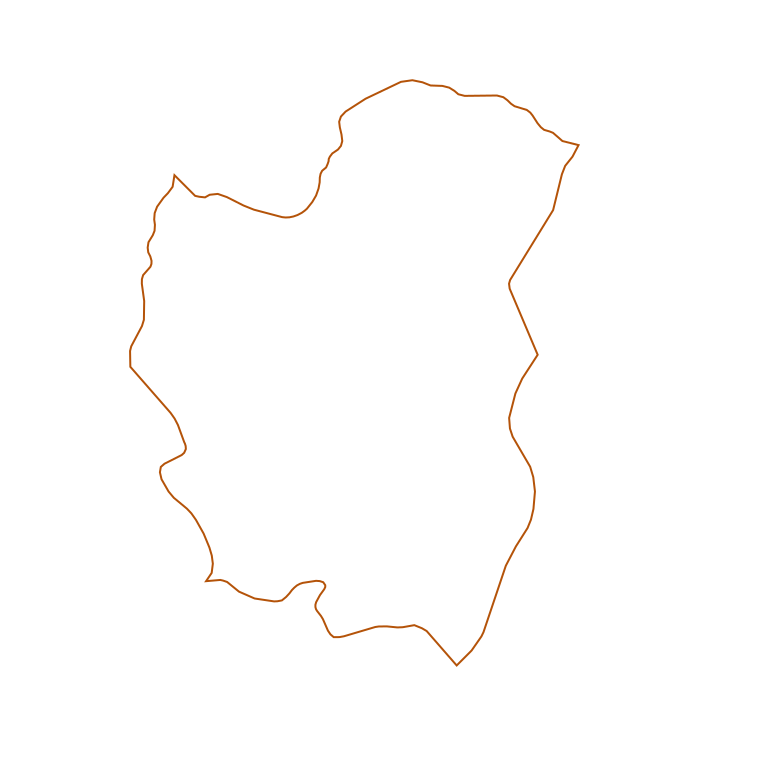 an SVG outline of Paraguarí, rotated 167°
{"feature_id": "PRY-611", "entity_name": "Paraguarí", "entity_type": "Department", "adm_level": 1, "iso_a3": "PRY", "parent_name": "Paraguay", "parent_adm1": "", "projection": "orthographic", "projection_center": [-57.025, -26.024], "detail": "fine", "context": "isolated", "style": "outline", "palette": "amber", "viewbox_px": 768, "rotation_deg": 167, "n_neighbors": 0, "source": "natural_earth", "source_scale": "10m", "svg_char_len": 2325}
<svg xmlns="http://www.w3.org/2000/svg" viewBox="0 0 768 768"><g transform="rotate(167 384 384)"><path d="M558.3,204.1L572.0,214.3L581.4,226.4L585.1,228.7L587.6,229.9L601.7,231.9L594.4,238.7L591.2,247.4L590.4,255.5L590.9,263.9L593.4,278.8L597.8,293.9L600.8,301.3L604.1,306.9L614.4,320.4L618.1,327.7L622.2,341.2L622.2,348.4L620.1,353.4L615.8,355.7L597.1,360.3L594.2,361.9L591.7,365.2L591.2,368.2L591.4,370.9L591.7,371.9L594.0,390.4L595.8,397.4L598.4,403.8L627.3,457.8L624.0,473.3L621.8,477.6L606.8,494.9L603.5,500.6L599.0,518.8L597.4,536.2L596.3,540.6L594.2,544.3L585.2,550.8L583.6,553.3L582.8,556.3L583.0,560.9L584.1,565.3L583.6,570.0L581.6,575.1L575.8,581.0L573.1,584.9L571.4,590.6L570.9,596.0L569.0,602.1L565.2,607.8L556.9,615.1L551.7,618.5L545.6,623.7L541.2,634.6L525.7,609.8L521.9,608.0L516.4,606.1L511.3,607.6L503.2,606.6L495.1,601.5L480.7,589.5L471.5,583.1L445.7,569.5L442.5,568.4L438.7,567.7L434.6,567.6L430.2,568.1L425.6,569.3L422.3,570.7L419.7,572.1L412.9,577.5L407.8,582.9L403.8,589.2L401.3,595.0L400.1,599.6L398.5,603.1L396.3,605.7L391.7,608.0L389.4,611.1L387.9,613.5L387.2,615.7L385.6,617.7L382.5,620.3L376.1,622.8L372.4,625.7L370.0,630.1L369.3,636.6L369.3,644.0L368.7,649.6L365.8,654.3L360.1,658.1L337.8,666.1L299.5,674.6L288.0,673.6L278.6,669.3L271.5,664.4L260.0,661.3L253.8,658.1L249.4,653.7L246.4,649.6L240.6,646.6L209.1,639.7L203.2,636.6L199.9,632.7L197.2,628.5L194.3,625.3L183.2,618.9L180.4,615.5L178.8,612.1L175.7,603.5L173.4,598.9L170.8,595.6L165.8,592.8L162.8,590.7L155.5,580.6L140.7,573.0L149.2,563.1L158.4,555.8L163.5,548.3L180.1,515.4L237.7,457.0L239.6,453.6L240.1,448.6L227.7,377.9L248.1,358.2L258.1,345.2L269.7,322.8L271.3,312.3L270.5,303.7L260.2,270.5L259.5,259.7L261.1,245.3L266.5,228.6L271.3,218.8L276.5,211.4L292.0,196.1L306.2,179.5L342.9,119.8L345.9,116.1L358.6,104.6L376.5,93.4L398.0,133.7L402.0,137.5L408.7,142.2L420.4,142.8L425.7,143.8L435.8,147.2L443.6,148.9L447.2,149.2L479.8,147.2L484.3,147.4L490.0,148.7L492.5,152.1L494.1,156.3L496.4,168.6L497.6,172.2L500.3,178.0L500.9,179.9L501.0,182.0L500.5,184.3L499.2,186.7L493.9,192.7L488.4,197.5L486.9,199.4L486.5,201.2L487.8,204.5L490.9,206.4L494.5,207.5L507.9,208.5L510.9,208.2L514.2,207.3L517.3,205.7L520.1,203.9L523.2,201.3L527.3,198.5L532.2,196.1L536.8,196.3L540.0,196.9L558.3,204.1Z" fill="none" stroke="#b45309" stroke-width="2"/></g></svg>